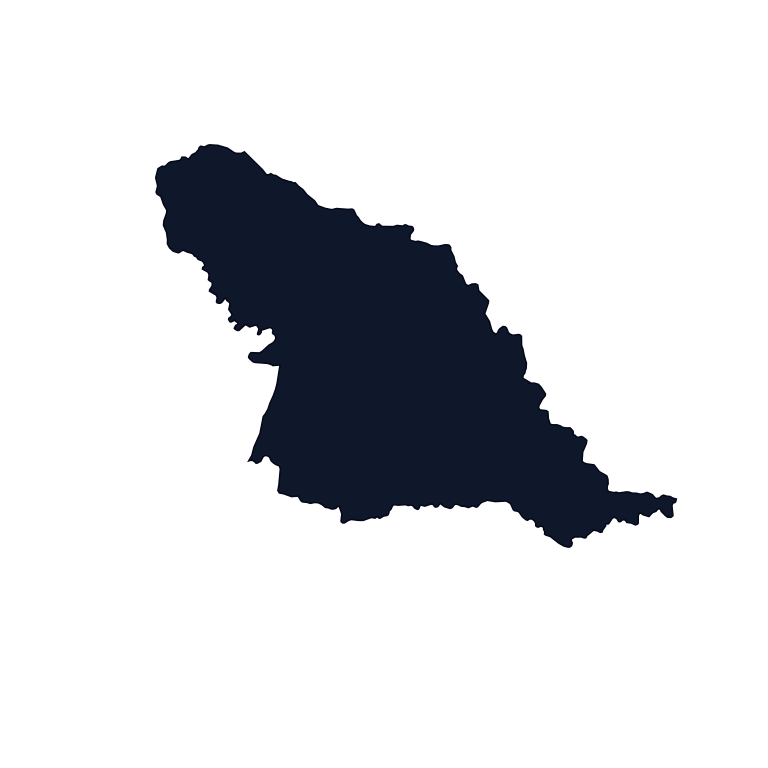 the district of Nacaroa, Nampula, Mozambique, rotated 37°
{"feature_id": "85939544B80156310814638", "entity_name": "Nacaroa", "entity_type": "district", "adm_level": 2, "iso_a3": "MOZ", "parent_name": "Mozambique", "parent_adm1": "Nampula", "projection": "robinson", "projection_center": [39.936, -14.362], "detail": "fine", "context": "isolated", "style": "filled", "palette": "ink", "viewbox_px": 768, "rotation_deg": 37, "n_neighbors": 0, "source": "geoboundaries", "source_scale": "gbopen_adm2", "svg_char_len": 6146}
<svg xmlns="http://www.w3.org/2000/svg" viewBox="0 0 768 768"><g transform="rotate(37 384 384)"><path d="M73.9,348.0L77.5,356.6L84.1,362.1L86.5,367.9L88.3,368.9L93.0,368.6L100.0,373.3L105.9,375.8L107.5,378.2L110.0,386.2L112.4,390.0L119.1,393.8L124.3,399.0L126.7,402.4L130.8,404.3L135.7,404.8L140.6,403.1L141.4,402.1L142.3,399.2L143.4,397.9L147.2,397.1L151.9,395.3L153.7,395.2L155.4,395.9L157.9,395.3L160.4,396.3L165.0,395.1L166.9,395.6L169.3,396.9L169.7,398.0L169.0,399.7L169.8,401.5L175.9,400.6L177.5,401.3L179.0,402.6L181.0,406.4L182.3,406.6L185.1,406.2L186.2,406.9L187.8,409.3L188.0,413.7L188.8,414.9L196.5,414.0L198.9,415.4L200.6,419.1L201.7,419.6L203.5,419.0L204.9,417.6L205.4,415.8L205.3,411.5L205.9,410.9L208.3,411.9L211.4,411.9L212.8,412.7L215.2,417.9L220.4,419.7L221.2,420.7L221.3,422.3L220.5,424.8L221.1,426.0L223.5,427.0L224.5,426.6L226.2,423.2L229.6,423.1L231.0,423.6L231.2,424.7L230.3,426.5L230.9,429.6L232.3,429.9L234.8,429.5L235.9,428.5L237.6,419.8L242.4,419.3L245.9,414.4L247.3,413.8L250.4,414.9L251.4,416.1L252.7,419.9L253.3,420.4L254.3,420.0L254.9,419.0L254.8,416.6L253.5,414.4L254.6,413.6L258.3,408.2L259.9,407.1L262.0,407.2L262.9,407.8L264.0,410.0L265.0,410.7L267.0,410.5L268.8,411.3L270.3,413.0L270.8,415.7L270.4,418.2L268.6,422.6L267.1,431.0L265.9,434.1L258.9,439.0L258.7,441.1L259.4,443.6L260.0,444.3L261.9,444.8L265.8,445.1L267.7,444.6L278.6,437.6L282.7,436.2L284.1,436.2L289.5,431.4L298.5,448.3L300.7,453.7L302.7,460.1L304.4,467.8L306.5,474.1L307.2,479.8L307.1,482.5L314.7,498.1L318.1,512.6L321.4,520.5L322.2,526.9L323.7,524.9L325.0,524.2L327.3,523.9L329.4,524.3L330.4,523.5L332.1,519.8L331.3,515.9L331.5,513.5L332.8,512.1L335.3,511.2L336.8,511.4L340.0,513.2L343.5,513.6L346.1,513.4L349.7,512.4L352.3,514.2L360.8,527.9L363.4,533.0L365.9,534.0L370.1,532.0L377.9,529.6L382.5,525.5L384.1,525.6L387.7,527.2L389.7,527.3L393.7,524.9L397.1,523.6L399.8,520.5L402.7,518.5L406.8,517.6L411.4,517.8L414.1,516.3L416.9,515.6L418.5,514.6L420.3,512.4L420.7,509.9L422.1,508.4L423.2,509.6L428.5,513.1L432.1,519.2L432.8,519.8L434.8,519.8L436.1,518.6L437.7,514.3L439.4,511.9L445.8,508.2L449.5,505.4L454.2,498.2L457.6,496.5L458.5,493.9L460.8,494.1L461.6,493.5L463.2,489.6L465.3,487.5L465.9,486.0L465.6,484.4L464.6,482.6L464.9,479.8L464.1,476.3L464.5,474.5L468.3,472.2L473.8,467.4L476.5,466.5L478.4,464.4L480.5,463.9L483.3,464.6L485.9,464.1L486.6,463.6L486.8,462.6L486.0,459.6L486.3,458.5L490.1,457.0L493.5,452.0L494.6,451.1L496.1,450.7L498.0,451.5L499.4,451.2L500.7,449.5L500.7,446.1L501.5,445.5L506.1,445.6L511.5,443.7L512.8,441.8L512.8,438.0L513.3,437.1L515.1,435.9L519.5,434.9L522.2,433.1L525.7,431.9L527.9,428.3L529.0,427.6L531.8,426.9L532.6,425.6L532.8,421.5L533.4,419.5L536.5,414.7L543.6,411.0L551.9,404.0L555.9,403.4L557.7,403.7L562.9,406.6L564.2,406.7L567.7,405.1L569.3,405.1L574.4,406.8L579.1,407.0L580.6,406.5L581.6,404.0L583.8,402.6L587.4,403.0L589.2,404.2L590.5,405.9L591.7,406.1L593.2,405.6L595.0,402.9L596.9,402.4L598.6,403.4L599.2,404.3L601.2,405.1L602.6,407.3L604.0,407.3L608.7,405.7L619.1,405.9L625.0,405.2L629.0,403.6L630.4,402.5L631.0,400.9L630.9,399.6L630.0,397.7L627.1,396.0L627.1,394.6L628.4,391.4L633.6,387.4L636.6,386.4L637.5,385.6L637.7,384.3L637.0,382.5L637.6,382.0L639.3,374.6L642.5,373.0L646.1,372.3L647.3,370.8L646.5,369.2L646.4,364.0L645.4,362.3L645.6,361.6L646.9,361.2L647.5,360.4L647.1,353.8L647.8,352.2L650.5,351.2L654.1,352.6L654.9,352.4L655.8,351.3L656.1,349.3L657.4,348.0L658.9,347.6L661.3,348.4L664.9,346.3L669.7,345.2L670.8,343.4L670.8,342.2L666.2,336.0L665.9,333.9L666.2,333.0L667.6,332.5L669.4,332.6L675.4,330.4L675.7,326.3L676.2,324.5L677.8,322.1L677.9,319.5L678.7,318.0L680.2,317.8L682.2,318.9L687.7,319.7L690.7,319.7L693.4,317.8L694.1,315.3L687.2,307.9L686.3,305.2L687.6,303.8L687.8,302.5L686.7,299.9L683.3,301.3L680.3,301.6L677.3,303.4L674.2,304.5L673.2,306.0L672.5,309.2L670.6,311.5L669.1,311.8L664.9,310.9L659.6,312.1L658.8,312.8L657.7,315.0L655.1,317.7L651.4,319.3L647.7,321.9L644.8,322.8L642.6,324.2L637.3,329.6L634.7,330.6L632.8,332.5L628.3,334.6L627.1,334.5L625.1,333.2L623.8,331.3L623.1,328.8L620.3,325.4L617.3,323.3L608.7,324.4L600.4,322.2L593.9,325.8L590.9,326.7L588.7,326.5L583.6,318.7L581.4,309.7L579.9,307.0L578.9,306.7L574.6,306.7L573.2,307.2L571.4,309.5L569.9,310.3L567.1,310.0L566.0,310.5L565.0,310.2L564.6,309.0L563.1,307.7L559.1,307.0L555.5,309.7L552.4,311.2L550.1,311.3L546.7,312.5L542.8,315.4L540.8,316.0L535.9,312.6L531.6,307.5L529.5,307.6L524.6,310.6L523.4,310.7L521.7,309.8L520.8,308.3L519.7,301.3L519.8,296.2L518.8,294.7L511.8,292.1L507.6,291.3L503.6,292.8L500.1,295.4L500.2,294.9L491.5,295.8L489.9,293.5L489.8,290.3L488.7,288.2L488.3,286.3L485.2,281.6L478.9,277.0L474.2,272.7L470.7,270.4L465.0,263.1L463.1,262.9L461.8,263.4L457.6,267.5L455.1,268.2L452.6,268.2L448.1,265.5L446.2,265.4L444.4,266.5L443.3,270.0L443.2,272.1L443.9,274.6L443.7,276.4L443.1,276.9L439.9,277.1L437.1,275.7L430.5,270.6L422.1,267.3L418.6,256.5L417.3,254.5L403.5,252.5L399.2,248.4L396.9,248.9L394.2,251.1L392.4,254.4L391.4,255.1L388.8,255.0L381.5,250.5L377.8,250.6L373.6,249.5L372.7,248.8L371.3,246.0L371.5,245.7L367.8,244.1L363.1,240.2L356.7,237.0L355.1,234.8L352.8,234.0L351.7,234.2L349.0,236.0L344.6,241.1L340.9,243.8L338.1,245.3L333.7,246.0L327.7,248.3L325.2,249.5L323.6,251.3L319.4,253.1L317.9,253.0L317.1,252.3L315.0,248.7L315.1,244.3L314.7,243.0L313.0,241.6L311.6,241.5L308.4,243.3L305.9,243.7L304.8,244.4L303.9,246.6L299.0,249.5L296.9,252.5L288.4,258.8L287.4,259.4L283.6,259.2L282.4,260.8L282.5,262.9L282.1,263.8L277.7,266.5L273.1,268.2L270.4,268.4L266.5,267.9L263.6,266.7L260.6,266.2L255.0,263.2L253.2,263.5L250.3,266.1L240.4,272.5L237.4,276.2L231.4,279.1L223.8,281.4L218.4,279.5L208.6,279.2L202.5,277.6L196.5,277.5L192.0,276.7L190.5,278.0L187.8,278.5L186.9,279.2L179.3,281.9L172.0,282.6L170.0,283.8L167.0,284.1L165.8,286.5L164.0,287.6L158.1,286.0L132.8,282.6L131.2,285.7L127.0,288.8L124.9,289.4L117.1,289.8L107.8,293.3L100.8,297.9L99.7,299.2L98.1,302.6L94.4,304.5L94.1,306.5L94.8,308.2L94.6,312.5L92.7,316.4L92.6,321.2L92.0,322.3L88.9,322.4L86.1,324.4L86.6,326.3L86.2,328.6L79.8,335.1L78.9,337.0L78.2,342.0L75.7,343.6L73.9,348.0Z" fill="#0f172a" stroke="#020617" stroke-width="1.5"/></g></svg>